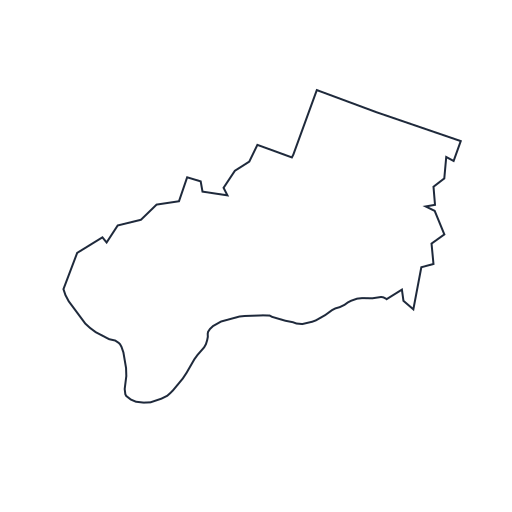 the district of Spencer, Indiana, United States of America, rotated 20°
{"feature_id": "52423323B86560635582080", "entity_name": "Spencer", "entity_type": "district", "adm_level": 2, "iso_a3": "USA", "parent_name": "United States of America", "parent_adm1": "Indiana", "projection": "natural_earth1", "projection_center": [-87.008, 37.994], "detail": "fine", "context": "isolated", "style": "outline", "palette": "slate", "viewbox_px": 512, "rotation_deg": 20, "n_neighbors": 0, "source": "geoboundaries", "source_scale": "gbopen_adm2", "svg_char_len": 1367}
<svg xmlns="http://www.w3.org/2000/svg" viewBox="0 0 512 512"><g transform="rotate(20 256 256)"><path d="M409.1,78.0L319.8,79.7L256.4,79.3L256.4,148.0L256.0,151.1L219.3,151.1L217.4,169.6L207.0,183.1L202.2,203.0L208.4,208.8L183.7,213.8L178.5,204.8L164.4,205.6L164.9,230.9L145.0,241.7L135.5,261.3L115.6,274.6L111.0,294.4L105.3,291.0L86.9,314.2L86.4,353.0L90.3,357.9L95.5,362.6L118.7,377.9L124.5,380.3L131.4,382.4L146.4,384.4L152.6,383.6L156.7,384.6L158.4,385.4L160.7,387.4L164.4,392.0L172.2,405.7L175.2,413.2L178.1,425.9L180.5,430.6L181.9,431.9L187.5,433.7L193.0,434.0L200.6,432.2L206.9,429.6L215.8,422.5L216.4,421.9L220.4,417.7L222.3,414.2L224.0,410.5L229.1,396.2L230.7,389.5L233.4,374.1L234.9,368.9L238.5,359.6L239.1,356.0L238.9,351.9L238.4,348.5L237.2,345.5L236.9,343.6L237.7,340.3L239.6,336.5L245.6,329.5L261.2,318.5L266.0,316.2L282.4,309.6L282.5,309.5L289.2,307.3L292.0,307.7L305.7,306.8L313.3,305.6L317.1,305.6L322.8,304.1L330.9,298.8L331.0,298.8L334.2,296.1L341.2,287.9L346.0,280.8L348.5,278.1L352.2,275.4L355.9,271.6L358.2,268.2L360.7,265.5L365.6,261.5L370.3,259.2L379.7,256.0L387.6,251.7L389.9,251.3L393.1,251.7L393.5,251.9L404.6,237.7L409.9,247.7L422.1,252.3L415.2,210.0L425.5,202.8L416.7,184.3L425.6,171.3L408.5,152.5L398.5,151.4L406.7,146.7L399.1,130.2L406.4,118.7L400.9,97.9L409.2,99.1L409.1,78.0Z" fill="none" stroke="#1e293b" stroke-width="2"/></g></svg>